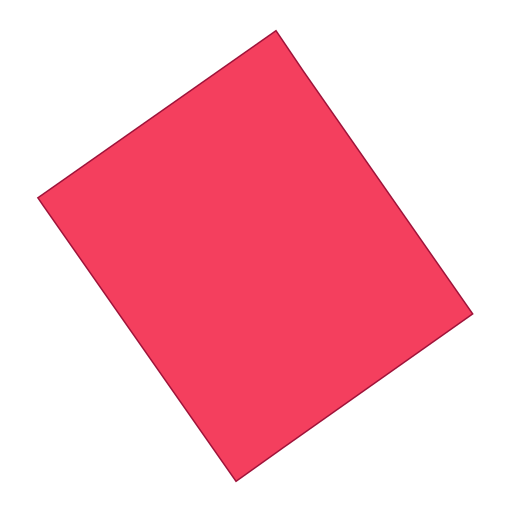 the district of Ness, Kansas, United States of America, rotated 55°
{"feature_id": "52423323B78916796754312", "entity_name": "Ness", "entity_type": "district", "adm_level": 2, "iso_a3": "USA", "parent_name": "United States of America", "parent_adm1": "Kansas", "projection": "albers", "projection_center": [-99.868, 38.48], "detail": "fine", "context": "isolated", "style": "filled", "palette": "rose", "viewbox_px": 512, "rotation_deg": 55, "n_neighbors": 0, "source": "geoboundaries", "source_scale": "gbopen_adm2", "svg_char_len": 275}
<svg xmlns="http://www.w3.org/2000/svg" viewBox="0 0 512 512"><g transform="rotate(55 256 256)"><path d="M427.7,111.7L420.8,111.7L131.5,111.2L82.9,110.4L83.2,401.3L92.2,401.4L429.1,401.6L428.6,343.4L427.7,111.7Z" fill="#f43f5e" stroke="#9f1239" stroke-width="1.5"/></g></svg>